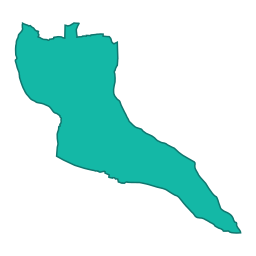 outline of Si Mahosot, Prachin Buri, Thailand
{"feature_id": "78962969B41561963673691", "entity_name": "Si Mahosot", "entity_type": "district", "adm_level": 2, "iso_a3": "THA", "parent_name": "Thailand", "parent_adm1": "Prachin Buri", "projection": "mercator", "projection_center": [101.408, 13.873], "detail": "fine", "context": "isolated", "style": "filled", "palette": "teal", "viewbox_px": 256, "rotation_deg": 0, "n_neighbors": 0, "source": "geoboundaries", "source_scale": "gbopen_adm2", "svg_char_len": 5484}
<svg xmlns="http://www.w3.org/2000/svg" viewBox="0 0 256 256"><path d="M56.6,156.2L63.5,160.0L71.6,163.8L74.8,165.3L76.7,165.9L84.4,168.3L88.5,169.3L92.0,170.1L94.2,170.5L95.5,171.0L97.0,170.9L97.6,171.2L98.5,171.3L98.7,171.6L99.3,172.0L100.6,172.1L101.8,171.8L102.9,171.5L103.9,171.4L104.3,171.3L105.1,171.7L105.0,173.0L107.8,174.3L109.2,174.9L109.0,176.1L108.8,177.1L109.0,177.3L110.5,177.7L110.9,177.7L112.3,178.1L112.5,177.7L114.6,177.8L115.5,179.0L116.7,178.8L117.1,178.9L117.5,179.2L117.8,179.2L118.1,180.7L118.4,182.0L119.5,182.2L120.8,182.8L122.1,183.2L122.3,182.9L123.3,183.1L124.1,183.3L124.9,182.8L125.2,182.6L125.5,182.5L125.8,182.3L126.9,181.9L127.3,182.0L127.7,182.3L127.8,182.3L129.3,182.3L129.7,182.4L137.7,182.5L139.4,182.5L141.1,182.8L146.2,183.9L148.6,184.5L157.2,187.1L162.7,188.4L165.0,189.2L166.2,189.7L169.1,191.6L172.6,193.8L174.9,195.1L176.9,195.8L177.5,196.1L178.6,197.0L179.2,197.6L184.0,203.6L185.0,204.7L185.7,205.6L188.2,208.2L190.8,211.0L191.5,211.8L193.0,213.2L194.2,214.7L195.3,216.3L195.8,216.7L196.3,217.0L197.2,217.5L199.8,217.9L201.4,218.0L202.2,218.2L203.2,218.5L204.4,219.0L205.5,219.7L206.6,220.2L209.7,222.0L210.2,222.4L211.6,223.0L213.7,224.3L214.2,224.8L215.1,226.1L218.7,228.1L220.9,228.8L222.4,229.7L222.8,230.0L223.0,230.5L223.3,231.0L223.6,231.1L226.4,231.1L228.3,231.0L228.6,231.1L229.9,232.1L231.5,232.6L233.3,232.8L236.6,233.0L240.6,232.8L240.5,232.0L240.0,230.8L239.0,229.3L237.9,227.9L237.2,226.7L236.8,225.9L236.6,225.2L236.6,224.6L236.6,223.9L236.6,223.3L236.4,222.9L236.2,222.6L235.6,222.3L234.9,222.2L234.6,221.9L233.7,220.3L233.1,218.4L232.5,217.2L231.5,215.7L231.0,215.2L230.1,214.4L228.5,213.3L227.4,212.7L224.7,211.5L223.6,210.9L222.1,209.8L221.5,209.3L220.7,208.5L220.4,207.7L218.5,202.3L218.0,200.5L217.2,198.4L216.8,197.5L216.4,196.9L214.8,195.9L213.6,194.8L212.2,193.2L208.7,188.3L205.7,183.4L200.4,177.5L198.6,175.1L197.7,173.2L196.2,170.6L195.4,169.0L195.1,168.1L194.9,167.4L194.8,165.5L195.0,164.5L195.0,163.5L194.9,162.9L194.8,162.6L194.5,162.3L194.2,161.9L187.7,158.2L182.9,155.4L180.8,153.9L178.8,152.4L174.3,148.2L171.8,147.1L169.1,145.7L167.4,144.8L166.1,143.8L165.6,143.6L164.9,143.3L164.3,143.1L162.1,142.7L160.8,142.3L159.5,141.6L157.4,140.6L156.8,140.1L155.5,138.9L154.9,138.2L154.2,137.6L152.1,136.1L150.7,135.4L146.0,133.3L142.9,131.0L141.9,129.7L141.5,129.3L141.2,129.1L137.8,128.0L136.0,127.4L135.0,126.8L132.8,124.9L130.8,122.9L129.4,121.6L129.1,121.2L128.1,119.0L127.0,117.2L125.7,114.3L124.5,112.1L121.6,106.2L121.0,104.9L119.9,101.7L119.4,100.9L117.0,99.0L116.4,98.2L115.9,97.5L115.2,96.7L114.7,95.9L113.9,94.0L113.7,93.0L113.6,91.4L113.6,90.3L113.6,89.2L113.8,87.9L114.2,85.5L115.0,81.9L115.1,78.1L114.9,75.6L114.8,74.0L114.6,73.3L114.4,72.8L114.3,71.6L114.6,70.7L114.9,70.5L115.0,70.5L115.3,69.5L115.4,69.0L115.7,68.1L116.7,66.1L116.9,65.9L117.3,65.4L117.6,61.2L117.6,60.7L117.7,59.1L117.8,58.8L117.3,42.2L113.9,43.8L112.7,43.0L112.1,42.3L111.7,41.8L111.6,41.6L111.2,39.8L110.7,38.4L110.6,38.2L110.0,37.6L109.3,36.7L109.1,36.6L107.6,36.6L103.1,36.2L103.1,34.1L100.4,34.0L98.5,34.2L97.1,34.2L95.7,34.5L91.8,34.9L90.9,35.0L90.6,35.7L89.1,35.5L86.4,35.4L86.4,35.5L86.2,36.2L84.5,36.0L83.0,36.1L82.9,36.1L82.9,36.3L81.0,36.8L79.6,36.8L78.6,36.9L77.7,37.0L77.2,37.2L76.9,37.2L77.0,35.9L76.8,34.9L76.7,34.4L76.6,33.0L76.4,31.5L76.3,29.4L77.5,26.4L77.7,25.8L78.4,24.7L79.0,23.4L78.9,23.3L78.7,23.3L75.9,23.2L73.9,23.0L73.7,23.1L73.1,23.6L71.5,24.5L70.1,25.4L69.8,25.5L69.1,25.6L67.8,26.0L67.6,25.9L66.5,25.5L65.1,25.2L64.8,38.1L64.3,38.1L64.1,38.0L62.5,37.6L62.3,37.5L61.9,37.1L61.2,36.9L58.6,36.7L57.0,36.8L56.2,37.1L55.1,37.1L54.4,37.4L54.3,37.2L54.1,37.2L53.7,37.5L53.8,38.3L53.7,38.4L53.1,38.9L52.9,38.9L52.6,38.8L52.3,38.8L51.8,38.9L51.0,39.3L50.2,39.1L49.9,39.1L49.7,39.2L49.0,40.1L48.5,40.3L48.1,40.3L47.1,39.7L46.9,39.6L43.6,39.4L42.9,39.2L42.1,38.8L41.0,38.3L39.7,37.4L38.4,37.1L38.2,37.1L38.1,36.9L38.1,36.7L38.6,35.7L38.8,35.3L38.8,34.6L38.8,34.4L38.3,33.9L38.1,33.5L38.0,33.2L38.0,32.6L38.5,31.7L38.4,31.4L37.3,31.0L36.9,31.3L36.7,31.2L35.7,30.4L35.2,30.1L34.6,29.5L33.9,28.4L33.5,28.0L32.2,27.3L31.6,26.8L30.9,26.2L30.2,25.6L28.9,25.9L28.5,25.9L28.3,25.8L27.9,25.3L27.7,25.2L26.0,24.7L25.0,24.3L23.9,23.9L23.0,23.4L22.6,23.2L22.6,23.9L22.3,24.7L22.3,25.0L22.4,27.6L22.6,28.6L22.6,29.2L22.0,30.7L20.9,32.1L19.3,33.9L18.6,34.8L18.0,37.6L17.5,38.5L16.9,39.9L16.5,40.9L16.4,41.6L16.3,42.3L16.3,43.5L16.1,44.4L15.8,45.9L15.6,48.7L15.6,50.0L15.7,52.8L15.8,54.9L16.1,55.7L16.4,56.3L16.8,57.9L16.9,58.3L16.8,58.6L16.5,59.1L15.4,60.1L15.4,60.8L15.5,61.5L16.3,64.0L17.1,67.2L17.5,68.5L18.2,70.2L19.1,72.7L19.2,73.3L19.2,74.1L19.4,75.1L19.5,76.8L19.6,77.7L21.1,82.5L22.2,85.5L23.1,87.8L23.5,88.6L24.0,89.5L24.8,91.2L25.3,92.0L25.5,92.7L25.9,92.9L26.3,93.8L26.7,94.3L27.9,95.6L29.7,97.8L30.4,98.6L30.8,99.0L32.1,99.9L32.6,100.1L33.3,100.5L34.4,100.9L35.8,101.9L36.7,102.4L37.1,102.5L38.5,102.8L41.4,103.3L42.8,103.7L43.5,103.9L45.5,104.8L48.1,105.9L49.1,106.5L49.8,107.1L51.0,108.5L51.8,109.6L52.8,111.0L53.7,112.1L54.9,112.9L55.9,113.2L56.8,113.5L57.0,113.6L58.8,114.9L59.9,115.7L59.9,116.0L59.9,116.3L60.2,116.9L60.5,117.5L61.1,117.9L61.3,118.4L61.3,118.7L61.0,119.8L61.2,121.4L61.1,122.2L60.7,123.4L60.0,124.2L59.9,124.5L59.9,124.9L60.1,125.4L60.1,125.8L60.1,126.0L59.9,126.2L59.1,126.4L58.9,126.5L58.8,126.8L58.7,127.4L58.7,128.5L58.5,129.4L58.5,129.9L57.8,131.8L57.4,133.2L57.2,134.3L57.3,138.6L58.0,143.5L57.9,144.7L57.3,147.1L56.6,156.2Z" fill="#14b8a6" stroke="#0f766e" stroke-width="1.5"/></svg>